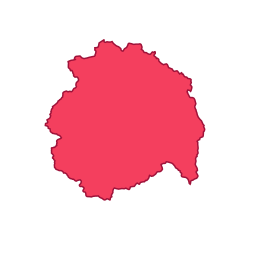 outline of Bac Son, Lạng Sơn, Vietnam, rotated 299°
{"feature_id": "81297802B43959874007568", "entity_name": "Bac Son", "entity_type": "district", "adm_level": 2, "iso_a3": "VNM", "parent_name": "Vietnam", "parent_adm1": "Lạng Sơn", "projection": "robinson", "projection_center": [106.222, 21.815], "detail": "fine", "context": "isolated", "style": "filled", "palette": "rose", "viewbox_px": 256, "rotation_deg": 299, "n_neighbors": 0, "source": "geoboundaries", "source_scale": "gbopen_adm2", "svg_char_len": 5768}
<svg xmlns="http://www.w3.org/2000/svg" viewBox="0 0 256 256"><g transform="rotate(299 128 128)"><path d="M207.4,97.7L206.5,96.6L205.2,94.3L204.0,92.6L203.7,91.9L203.4,90.2L202.7,88.0L202.2,87.5L201.6,87.4L200.0,87.7L197.7,87.7L195.6,86.5L193.1,86.4L192.8,86.3L192.6,86.0L192.5,85.3L192.9,84.0L193.8,83.4L194.0,83.0L194.5,80.4L194.2,78.2L194.3,77.2L194.9,74.2L195.9,72.2L194.9,71.3L194.4,70.6L193.9,69.7L193.2,67.8L192.1,66.9L191.8,66.2L191.8,65.4L192.3,64.9L193.3,64.5L193.4,64.3L193.4,64.2L188.4,61.5L185.3,62.5L184.1,62.5L183.2,61.7L182.1,60.1L181.2,60.7L180.3,61.1L180.0,61.4L179.8,62.5L179.4,62.9L177.4,63.6L176.3,63.6L175.4,64.1L174.5,63.8L170.9,59.7L169.5,58.4L167.4,55.9L167.1,54.6L167.0,53.7L167.7,51.1L165.5,47.9L164.8,47.4L163.7,47.3L162.9,47.4L162.7,47.6L162.3,48.6L160.7,46.9L159.6,45.4L157.1,43.4L156.8,43.5L156.3,44.2L155.9,44.5L154.4,45.2L152.3,46.3L151.8,46.8L151.6,47.9L151.3,48.8L150.3,49.9L150.3,50.1L151.1,50.9L151.0,51.2L150.3,52.3L149.2,53.3L148.5,54.5L147.3,55.1L147.1,55.6L146.8,57.0L147.5,57.9L147.9,58.9L147.8,59.5L147.0,60.7L146.4,61.2L145.5,61.6L144.0,61.3L142.9,60.9L141.9,61.0L140.3,61.6L139.2,62.8L138.3,62.8L137.6,62.6L136.6,61.7L136.0,61.5L133.5,61.4L132.5,61.1L132.1,60.6L132.0,59.4L130.9,58.5L130.8,57.9L130.5,57.7L130.4,56.1L128.7,54.6L127.6,54.1L126.8,54.2L125.3,55.1L124.5,55.3L123.3,55.8L122.6,55.4L120.6,55.2L119.5,54.5L118.6,54.4L117.8,53.8L116.5,54.0L115.4,53.8L112.4,52.7L110.1,51.6L109.9,51.7L109.5,52.2L109.2,52.4L108.6,52.4L107.7,52.1L106.3,52.3L105.6,52.8L105.0,52.6L104.5,53.1L104.0,53.3L103.1,53.3L102.1,53.1L101.8,53.3L101.6,54.1L101.2,54.4L99.6,54.8L99.0,54.8L97.8,54.4L95.9,53.2L95.6,53.4L94.5,54.8L93.7,55.1L93.3,55.0L92.2,53.9L91.7,53.8L90.1,54.5L90.5,56.2L90.5,57.2L90.2,57.7L89.2,58.2L89.1,58.8L89.4,60.3L87.4,61.7L87.1,62.4L86.8,64.8L87.2,65.8L87.6,67.4L88.3,68.5L87.9,69.2L87.9,70.2L88.2,71.3L88.2,72.2L87.2,74.5L86.9,74.5L86.2,74.2L83.9,72.3L82.7,71.9L82.2,71.9L81.4,72.3L80.6,73.2L79.9,73.2L78.8,73.6L78.3,74.1L78.1,74.2L76.8,73.4L75.5,73.3L75.0,72.3L74.2,71.8L73.7,70.9L73.3,70.8L71.9,71.8L70.9,72.1L70.2,72.7L69.0,73.2L68.4,75.2L67.6,76.5L67.1,76.6L65.9,76.2L65.1,76.7L65.1,77.6L64.4,78.5L64.1,79.5L63.9,80.0L62.4,80.3L61.6,81.1L60.0,81.5L57.8,83.0L57.7,84.0L57.1,84.7L57.0,85.1L57.3,87.0L57.4,88.5L58.2,90.0L58.4,90.6L58.2,92.4L57.4,93.5L57.5,93.8L58.1,94.4L58.1,96.3L57.9,97.0L57.3,97.6L57.2,98.4L56.5,99.2L56.2,99.7L55.8,102.1L56.2,103.1L56.3,104.3L56.8,105.3L56.3,107.3L56.4,108.4L57.9,109.5L58.9,110.6L59.4,111.2L59.4,111.7L58.9,112.8L58.2,113.3L56.5,113.6L54.8,113.1L54.1,113.4L53.8,113.9L53.7,114.6L54.6,116.1L54.6,117.3L54.4,118.2L54.1,118.7L53.7,118.9L51.8,118.9L51.1,119.1L50.8,119.7L50.7,120.3L51.1,121.4L51.0,122.0L50.6,122.5L48.5,124.1L48.3,124.6L48.2,125.4L49.5,128.1L49.9,129.3L51.4,130.7L52.9,132.8L53.6,134.2L54.2,134.8L53.7,136.7L53.7,137.9L53.9,139.7L53.6,141.0L53.6,142.0L53.9,142.6L54.2,142.9L54.7,143.3L55.7,143.7L56.0,144.1L56.3,145.5L56.2,146.7L56.4,147.1L56.8,147.1L58.2,146.6L58.9,146.5L59.3,146.6L59.7,147.1L60.0,147.2L60.9,146.2L61.2,146.1L62.4,146.0L64.1,146.1L65.1,145.5L66.2,145.1L67.8,144.9L68.7,145.1L69.0,145.4L69.1,146.5L70.0,149.4L72.1,152.0L73.0,154.1L74.3,155.3L74.5,158.0L74.7,158.7L75.1,158.9L75.7,159.0L77.6,158.7L78.4,159.5L80.0,161.8L83.1,162.2L83.9,162.5L84.3,163.0L84.2,164.7L84.3,165.1L84.7,165.3L86.1,165.2L86.6,165.4L88.2,167.2L89.0,168.5L90.7,168.8L91.2,169.8L92.9,170.3L94.4,170.4L97.0,169.8L97.1,170.2L97.1,171.8L98.2,173.2L101.1,174.5L103.3,174.7L103.7,174.8L104.2,175.3L105.3,177.1L106.4,177.8L107.9,178.1L108.7,178.1L109.9,177.1L111.8,174.8L112.2,174.6L114.2,176.1L114.9,177.3L115.3,177.7L116.0,177.9L116.8,177.8L117.1,178.0L117.7,179.7L118.4,182.7L118.5,183.7L118.3,184.8L117.3,187.5L116.3,188.9L116.2,191.3L115.5,192.6L115.8,194.2L114.6,195.3L114.4,196.6L114.2,197.0L112.1,197.8L111.7,198.4L111.6,199.0L111.8,199.8L112.8,202.5L112.8,203.5L112.5,204.7L112.2,205.4L111.2,206.7L109.2,208.5L109.0,209.6L110.3,209.4L111.5,208.7L112.5,208.8L112.8,209.0L114.1,210.2L115.5,210.8L117.2,212.3L117.7,212.5L119.4,212.6L120.0,212.4L120.4,212.0L122.1,209.4L122.5,208.9L123.5,208.8L124.2,209.3L124.6,209.3L125.9,208.3L126.8,207.3L127.8,205.6L128.9,204.4L132.0,203.5L133.7,202.1L134.3,201.9L135.8,201.7L136.6,202.2L138.0,201.3L139.5,201.5L140.1,201.4L142.3,199.6L143.7,199.4L144.8,198.8L147.5,196.9L149.1,196.1L149.9,194.9L151.6,195.4L152.6,196.3L153.8,195.8L154.3,195.9L155.3,196.5L156.4,197.5L156.8,197.7L158.0,197.4L161.2,195.9L161.7,195.9L162.4,196.2L164.2,195.6L165.8,193.5L167.1,193.3L167.7,191.7L169.8,188.9L170.6,186.3L171.6,184.1L173.1,182.2L174.6,180.9L175.9,179.4L176.9,178.6L177.4,177.7L178.7,176.2L179.5,175.9L182.1,175.6L185.1,172.7L185.9,171.4L186.0,170.7L185.8,169.5L184.9,167.9L184.9,167.0L187.5,163.1L187.9,162.9L188.1,162.3L188.3,162.1L188.9,162.1L189.8,161.8L190.3,161.9L190.7,163.8L190.4,165.0L191.3,165.0L193.5,164.5L194.4,164.1L194.7,163.8L194.9,163.9L195.5,162.9L195.8,161.7L196.9,161.4L198.3,161.4L199.0,160.8L199.4,160.2L199.8,160.2L200.9,159.7L201.1,159.1L201.1,158.4L200.3,156.1L200.9,155.0L200.9,154.5L200.4,153.2L200.4,152.3L201.8,150.0L201.8,149.8L201.3,149.5L201.3,149.4L202.3,148.1L200.3,146.9L201.5,144.3L201.8,143.4L201.6,142.9L200.1,141.2L199.9,140.6L199.9,140.2L200.2,139.3L201.0,138.1L200.5,134.2L201.3,133.3L202.5,131.7L202.7,130.6L201.9,129.6L200.6,128.4L200.6,126.0L201.2,123.5L201.4,122.9L201.9,122.2L202.8,121.7L203.1,121.2L203.2,119.9L203.2,119.6L202.6,119.2L203.4,118.2L203.8,115.7L204.4,115.5L204.9,115.4L206.4,115.7L207.5,115.1L207.8,114.6L207.5,114.2L206.5,113.8L206.4,112.6L206.2,112.4L203.6,111.9L203.1,111.5L202.7,110.3L202.6,109.5L202.8,107.5L201.9,105.5L202.9,103.8L203.1,103.2L203.3,101.5L204.2,101.5L205.4,101.1L205.8,100.8L207.4,98.9L207.4,97.7Z" fill="#f43f5e" stroke="#9f1239" stroke-width="1.5"/></g></svg>